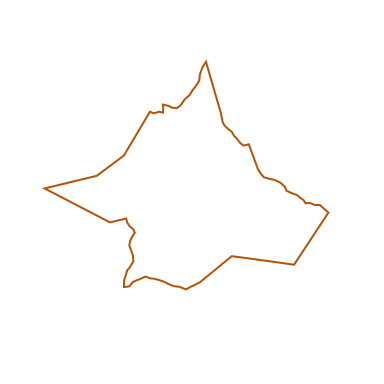 the district of Santo André, Paraíba, Brazil, rotated 123°
{"feature_id": "56859067B12125725469802", "entity_name": "Santo André", "entity_type": "district", "adm_level": 2, "iso_a3": "BRA", "parent_name": "Brazil", "parent_adm1": "Paraíba", "projection": "mercator", "projection_center": [-36.617, -7.225], "detail": "fine", "context": "isolated", "style": "outline", "palette": "amber", "viewbox_px": 384, "rotation_deg": 123, "n_neighbors": 0, "source": "geoboundaries", "source_scale": "gbopen_adm2", "svg_char_len": 1219}
<svg xmlns="http://www.w3.org/2000/svg" viewBox="0 0 384 384"><g transform="rotate(123 192 192)"><path d="M263.4,136.2L224.2,123.7L219.1,113.1L203.2,79.3L197.4,66.8L166.3,66.6L135.0,66.4L133.3,77.9L136.0,81.8L137.0,87.4L139.6,90.6L138.0,94.1L137.9,98.2L137.4,102.3L138.7,108.1L139.5,113.4L137.0,117.1L136.0,123.2L137.0,129.5L138.6,133.9L140.5,139.7L139.2,144.4L136.8,149.3L121.1,170.3L125.0,174.1L124.6,178.7L123.1,182.6L121.9,187.4L119.8,191.7L119.5,195.7L118.7,200.7L116.8,204.2L113.7,207.3L110.1,210.8L75.2,251.2L80.8,251.2L85.0,250.4L89.1,249.4L94.6,246.6L100.5,246.4L106.4,247.0L111.9,246.8L118.4,248.6L125.6,248.8L129.9,250.4L132.1,254.5L132.5,258.5L134.5,264.0L137.6,261.6L141.3,259.5L142.5,263.2L146.8,266.8L147.6,271.0L198.6,269.0L230.3,280.7L269.3,317.6L262.2,244.3L250.1,232.8L252.8,229.9L254.6,225.9L255.3,220.9L257.3,217.8L262.3,217.8L266.2,217.4L271.1,215.4L274.0,211.4L277.5,206.9L282.2,203.4L288.7,203.2L293.1,203.6L299.5,201.8L303.3,200.7L308.8,197.3L305.2,193.1L300.1,192.7L296.6,190.6L293.1,188.0L288.2,184.9L287.2,180.0L285.4,176.7L283.8,171.6L282.5,166.6L282.1,162.3L280.9,156.0L278.3,150.8L277.0,144.0L271.9,141.3L268.8,139.3L263.4,136.2Z" fill="none" stroke="#b45309" stroke-width="2"/></g></svg>